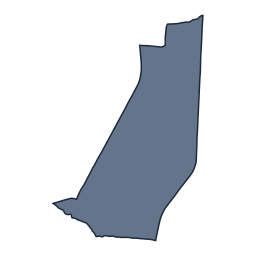 Din Daeng, Bangkok Metropolis, Thailand (orthographic projection)
{"feature_id": "78962969B98953458091915", "entity_name": "Din Daeng", "entity_type": "district", "adm_level": 2, "iso_a3": "THA", "parent_name": "Thailand", "parent_adm1": "Bangkok Metropolis", "projection": "orthographic", "projection_center": [100.56, 13.778], "detail": "fine", "context": "isolated", "style": "filled", "palette": "slate", "viewbox_px": 256, "rotation_deg": 0, "n_neighbors": 0, "source": "geoboundaries", "source_scale": "gbopen_adm2", "svg_char_len": 3649}
<svg xmlns="http://www.w3.org/2000/svg" viewBox="0 0 256 256"><path d="M139.7,45.3L139.8,45.8L139.8,46.2L139.9,47.6L140.2,50.6L140.4,52.5L140.6,55.9L140.6,56.0L140.7,56.3L141.0,60.0L141.2,62.5L141.4,67.4L141.2,70.8L141.0,73.0L139.9,79.1L138.6,83.1L138.2,84.0L136.6,87.1L133.5,92.9L131.5,96.6L131.3,97.0L129.6,99.9L128.7,101.7L125.6,107.5L125.1,108.7L119.1,119.7L117.8,122.0L114.8,127.7L112.3,132.3L111.5,133.8L108.1,140.1L106.0,143.9L103.4,148.7L102.4,150.8L99.1,156.3L98.8,156.9L97.8,158.7L97.1,160.0L96.6,160.9L95.5,163.1L94.6,164.8L94.2,165.5L93.3,167.0L92.8,167.7L92.5,168.3L89.6,174.1L88.3,176.6L87.4,178.1L84.4,184.1L83.7,185.3L81.4,188.7L79.1,193.1L76.5,199.3L74.4,198.7L73.2,198.4L71.4,198.3L70.1,198.5L69.6,198.6L63.6,200.3L53.1,203.4L53.5,203.7L55.5,205.0L58.3,207.7L59.0,208.2L60.4,209.0L62.5,209.8L62.7,210.0L62.9,210.1L63.7,211.1L64.5,212.6L64.6,212.8L64.8,213.2L65.5,213.7L65.6,213.8L65.9,214.0L67.3,214.5L67.8,214.6L68.2,214.6L69.5,214.4L70.3,214.3L70.6,214.3L71.0,214.5L71.3,214.9L71.4,215.1L71.6,216.4L71.7,217.3L72.0,217.7L73.8,218.1L74.6,218.1L75.2,218.3L75.9,218.6L76.6,219.2L77.6,219.7L80.3,220.7L81.7,221.2L81.9,221.3L82.1,221.5L82.3,221.5L83.8,222.1L84.8,222.4L85.8,222.9L86.3,223.2L87.1,223.8L87.7,224.5L88.0,224.8L88.2,225.1L88.9,225.8L89.6,226.8L89.8,227.0L90.2,227.7L91.0,228.5L91.5,229.2L91.6,229.3L92.2,230.7L92.5,231.3L94.4,233.2L95.5,235.3L95.8,236.1L96.0,236.4L96.3,236.5L96.5,236.5L96.9,236.5L97.4,236.4L97.9,236.3L98.6,236.2L99.0,236.1L99.4,236.1L100.0,236.3L100.5,236.4L101.2,236.6L101.3,236.7L101.5,236.7L101.9,236.8L102.3,236.8L102.5,236.8L102.8,236.7L103.0,236.6L103.3,236.3L103.4,236.1L103.5,236.0L104.6,235.7L104.9,235.7L105.4,235.7L105.6,235.7L105.8,235.7L107.7,236.0L108.0,236.1L108.6,236.3L108.8,236.3L109.7,236.3L109.9,236.3L110.1,236.3L111.9,236.1L112.0,236.1L112.6,236.1L113.9,236.3L116.9,237.2L117.6,237.1L118.5,237.1L119.3,237.1L121.8,237.5L122.4,237.4L122.6,237.4L125.4,237.4L125.7,237.3L126.1,237.3L127.2,237.4L128.9,237.5L130.0,237.7L130.3,237.7L130.8,237.8L132.3,238.0L132.6,238.1L132.8,238.1L133.0,238.1L133.3,238.2L133.8,238.2L134.0,238.1L134.3,238.0L135.1,238.1L135.6,238.1L136.0,238.1L138.7,238.4L140.8,238.7L142.6,238.7L143.2,238.8L144.7,239.0L144.8,239.0L145.0,239.0L145.4,239.0L150.3,239.4L152.0,239.7L153.5,240.0L155.4,240.6L155.7,240.6L156.1,237.9L158.6,226.2L159.8,220.9L160.5,218.3L160.6,218.1L161.0,216.7L162.5,213.3L164.5,209.3L166.2,206.9L167.7,204.9L174.2,196.5L179.5,189.2L185.8,181.1L190.6,175.0L192.7,171.7L194.1,168.7L195.0,166.0L195.9,163.2L196.2,161.3L196.3,159.0L196.6,150.9L196.8,146.8L197.0,137.7L197.6,127.8L198.0,117.1L198.4,110.1L198.8,101.2L199.2,92.6L199.6,83.5L200.0,76.4L200.4,71.0L200.7,57.0L201.3,47.1L201.7,39.3L201.7,38.5L201.8,36.7L202.2,27.0L202.9,15.7L202.9,15.4L202.2,15.5L201.6,15.7L201.0,15.9L200.5,16.2L200.4,16.3L200.2,16.4L199.8,16.7L199.7,16.8L199.5,17.0L199.1,17.4L197.7,18.8L197.4,18.9L197.3,19.0L196.9,19.1L194.7,19.5L193.3,19.8L192.9,19.9L192.5,20.1L192.4,20.1L192.2,20.2L191.8,20.5L191.6,20.6L191.4,20.7L190.9,21.1L190.1,21.6L189.4,22.1L189.1,22.1L188.9,22.2L187.6,22.1L187.0,22.0L186.6,22.0L185.9,22.1L183.9,22.4L180.4,23.0L179.6,23.2L179.4,23.2L179.1,23.3L177.6,23.6L175.6,23.7L173.7,23.9L170.0,24.0L167.7,24.1L167.5,24.5L167.3,24.6L167.2,24.7L167.2,24.8L166.8,25.8L166.4,26.9L166.2,27.8L165.6,34.0L165.4,36.1L165.2,37.1L165.2,37.3L165.2,38.1L165.2,38.7L165.3,41.4L165.2,45.2L165.2,45.4L164.8,45.6L162.7,46.7L161.0,47.0L160.7,47.1L160.4,47.1L158.0,46.7L157.1,46.6L156.8,46.6L156.5,46.5L155.9,46.5L155.6,46.4L155.4,46.4L155.1,46.4L150.9,46.0L146.4,45.6L143.8,45.6L140.6,45.4L139.7,45.3Z" fill="#64748b" stroke="#1e293b" stroke-width="1.5"/></svg>